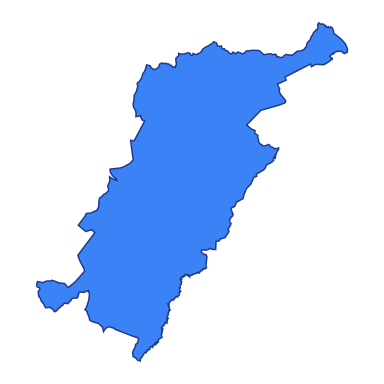 Ilala, Dar-Es-Salaam, United Republic of Tanzania
{"feature_id": "72390352B40584164885098", "entity_name": "Ilala", "entity_type": "district", "adm_level": 2, "iso_a3": "TZA", "parent_name": "United Republic of Tanzania", "parent_adm1": "Dar-Es-Salaam", "projection": "mercator", "projection_center": [39.169, -6.941], "detail": "fine", "context": "isolated", "style": "filled", "palette": "blue", "viewbox_px": 384, "rotation_deg": 0, "n_neighbors": 0, "source": "geoboundaries", "source_scale": "gbopen_adm2", "svg_char_len": 5899}
<svg xmlns="http://www.w3.org/2000/svg" viewBox="0 0 384 384"><path d="M326.0,26.1L325.7,26.8L325.2,26.8L324.5,25.1L323.4,24.1L320.5,24.1L319.4,23.1L318.6,23.0L317.6,24.8L318.1,26.9L317.2,29.9L316.0,29.8L315.6,31.0L314.3,31.7L313.2,33.3L312.4,35.6L311.4,36.1L310.4,39.4L307.3,42.8L306.1,47.1L304.6,48.4L304.3,49.3L300.6,51.1L297.9,51.0L296.0,52.1L292.7,55.0L289.3,55.1L286.2,54.4L283.5,56.1L282.7,57.5L280.2,57.5L278.0,56.6L276.9,57.1L276.3,54.9L275.4,54.2L274.5,54.2L273.6,54.8L270.3,53.7L263.9,54.7L259.3,50.7L256.9,50.4L251.4,50.3L249.0,50.9L247.0,50.8L245.4,51.6L244.6,53.2L243.4,53.3L242.5,54.0L239.8,52.6L237.6,52.1L235.9,53.6L234.7,53.6L234.0,52.4L232.5,52.3L232.0,53.8L231.1,54.0L229.0,53.1L228.7,52.1L227.1,50.8L225.0,50.2L224.3,48.7L222.9,49.3L221.7,47.6L221.4,46.0L219.3,46.4L217.4,45.8L216.6,43.0L213.7,41.7L211.8,43.9L209.9,44.6L208.6,45.8L206.1,46.8L202.9,49.0L201.1,51.8L199.6,53.1L198.4,53.4L198.1,54.1L195.0,54.5L193.2,53.4L192.4,55.4L191.1,55.5L190.0,53.3L188.1,52.8L183.9,54.0L180.6,54.0L178.7,53.4L178.9,54.7L178.4,56.0L176.0,58.0L175.8,59.5L176.4,64.2L175.1,67.3L174.5,66.8L173.5,67.2L172.1,66.7L171.6,65.4L170.3,65.6L169.3,64.2L164.9,63.3L164.4,63.7L162.5,63.1L161.0,63.3L159.4,64.3L159.0,66.3L158.2,67.7L154.7,69.7L151.3,68.0L150.2,65.8L146.7,64.9L144.8,71.1L142.9,73.5L141.8,77.4L139.7,81.1L137.2,83.2L137.7,86.7L136.2,91.9L134.2,95.3L133.9,100.9L133.2,103.6L133.4,106.6L135.5,110.6L136.1,113.1L135.9,116.7L140.7,115.7L140.7,117.0L142.2,120.1L144.4,120.7L144.2,121.9L134.2,140.8L130.6,140.3L133.2,160.0L129.9,163.4L124.5,166.5L120.3,168.0L110.1,169.1L110.3,172.1L112.6,175.9L116.3,179.1L116.8,180.6L111.8,178.4L109.6,176.8L109.8,181.1L107.7,185.9L108.7,190.0L107.9,191.4L105.5,193.5L103.5,194.5L101.8,196.6L100.0,197.6L99.1,199.9L98.6,207.3L96.8,210.3L90.8,213.0L86.2,213.5L85.0,216.3L78.3,225.2L85.7,231.5L91.6,229.7L94.9,232.6L77.9,255.2L79.8,260.8L84.0,268.7L84.6,271.2L75.4,281.7L68.6,287.3L67.5,286.9L64.6,283.5L59.5,283.0L52.2,280.3L50.1,281.0L46.8,281.0L42.9,282.6L37.6,281.6L36.6,284.0L36.9,286.1L37.3,287.0L39.3,287.6L40.0,289.1L38.2,291.7L38.8,296.5L40.5,298.6L41.3,301.2L43.8,304.1L45.5,307.7L51.0,307.5L51.4,308.6L53.5,309.8L54.1,311.5L55.4,311.6L57.2,310.2L58.9,307.9L59.3,308.0L61.1,306.1L62.8,305.3L63.4,304.0L64.9,303.1L66.7,303.6L68.2,303.5L69.6,301.5L70.7,301.0L71.8,298.7L74.2,298.0L76.7,298.2L77.9,297.0L78.3,295.9L77.8,295.0L78.7,294.5L78.5,293.8L79.2,292.0L84.5,292.3L86.0,291.2L88.4,290.6L88.3,292.0L89.1,292.3L89.4,294.6L88.8,300.2L86.3,307.8L84.9,309.5L87.4,311.7L87.2,312.7L89.2,317.5L89.6,319.9L91.7,321.5L98.6,323.5L102.6,327.3L103.5,331.6L105.7,328.3L108.5,326.8L109.6,326.9L114.4,328.3L115.0,329.3L135.3,337.1L137.9,337.6L138.5,338.8L137.6,342.7L135.6,344.5L135.3,347.1L133.5,350.1L132.6,352.8L133.2,356.6L136.2,358.3L137.5,360.1L140.2,361.0L140.6,357.7L141.7,357.6L144.8,352.3L146.0,352.9L147.0,350.5L147.7,350.8L148.1,349.5L149.4,349.6L150.0,348.9L149.9,347.7L150.6,346.7L151.7,346.9L152.3,346.5L152.7,347.0L152.8,345.5L153.5,345.7L153.9,345.0L154.5,344.9L154.7,343.9L155.0,344.2L155.3,343.5L155.8,344.1L156.1,343.0L156.3,343.5L156.8,342.4L157.3,342.9L157.9,341.8L158.5,341.8L157.9,340.0L161.0,337.8L161.7,337.8L162.0,336.8L161.3,334.3L162.3,332.5L161.8,331.0L162.6,330.2L162.5,329.5L161.9,329.8L161.8,328.5L162.3,328.3L161.5,327.9L161.5,327.2L163.3,326.0L163.6,325.0L164.4,324.9L164.9,323.0L165.1,323.4L166.2,322.6L166.7,322.8L166.5,322.5L167.3,321.5L166.8,320.0L167.5,319.8L167.4,318.7L168.2,318.3L167.0,317.5L167.0,316.6L167.8,315.9L168.4,313.9L168.0,313.5L169.2,311.0L169.0,310.3L170.0,310.2L169.1,307.4L169.3,306.2L168.1,305.5L168.0,304.8L168.4,304.7L168.0,304.0L168.9,304.1L168.7,303.4L169.4,302.8L169.6,301.8L170.6,301.5L171.2,300.1L173.4,300.0L173.3,299.4L174.5,298.9L175.4,297.1L177.9,296.9L178.1,295.7L179.1,295.2L179.4,292.6L179.8,292.7L179.9,291.7L180.6,291.3L179.9,290.8L179.5,288.9L180.0,288.2L179.6,288.4L179.4,287.9L180.3,287.7L179.9,285.7L181.3,284.1L181.3,282.3L181.8,281.7L180.7,280.3L181.5,279.5L180.8,279.4L181.4,278.9L180.8,278.6L181.2,278.2L180.9,277.6L182.1,276.7L183.3,277.1L183.3,276.6L184.2,276.3L183.9,275.9L184.8,275.9L184.9,274.8L185.7,274.8L185.7,274.4L186.4,274.9L187.3,274.2L188.0,274.5L188.3,274.8L187.8,275.6L188.4,275.9L189.0,275.6L188.6,276.1L189.1,276.5L188.9,276.0L190.4,275.9L190.9,274.9L191.7,275.3L192.5,274.9L193.1,273.8L194.8,274.0L198.0,272.2L198.0,273.0L199.3,273.0L200.7,270.8L202.0,270.7L202.3,269.6L203.4,269.4L203.1,268.9L204.4,268.4L205.3,268.7L206.4,267.9L206.5,266.8L205.9,265.6L206.9,257.0L206.4,255.2L205.9,254.6L203.7,254.2L201.4,252.2L201.5,250.1L203.3,249.8L205.4,250.2L207.9,249.7L210.4,248.3L211.6,249.2L215.7,249.6L216.0,241.2L218.7,241.1L221.2,238.6L224.9,237.7L228.5,232.4L228.9,231.0L228.0,229.1L229.9,226.4L231.1,223.6L229.6,221.8L229.7,219.7L231.0,217.5L232.6,216.0L233.1,214.4L231.0,209.3L231.4,208.5L231.9,207.7L234.8,206.4L236.1,202.8L237.0,201.9L243.1,198.6L243.9,194.8L246.6,188.4L250.6,184.4L253.8,177.5L256.7,176.3L256.3,174.2L263.5,169.9L264.7,168.8L266.7,164.9L271.6,162.3L273.6,160.5L273.4,158.4L274.4,158.3L274.6,156.3L275.3,157.5L275.6,155.4L277.3,151.1L278.6,149.4L278.6,148.0L274.9,148.8L272.6,147.3L271.1,147.1L268.9,144.5L264.0,146.1L262.7,145.7L261.5,144.4L260.6,144.4L259.2,142.9L258.5,141.1L258.5,139.4L257.7,137.9L257.8,135.3L255.4,133.8L254.6,132.6L255.2,130.7L251.0,128.8L246.7,124.9L260.9,110.3L281.0,104.5L285.1,102.7L285.6,101.7L285.5,100.5L281.0,94.9L279.6,92.5L279.2,90.5L279.7,89.0L277.3,84.2L286.2,80.1L285.1,77.0L310.3,64.1L311.5,66.7L315.7,64.3L323.6,64.7L324.5,64.4L329.8,61.1L330.4,59.7L332.2,59.6L332.1,58.0L330.8,57.5L329.7,56.3L332.7,53.4L333.3,54.1L334.3,52.7L336.2,51.6L340.6,51.1L343.4,52.5L343.2,52.8L344.0,53.5L344.8,53.5L347.3,52.1L347.4,48.9L345.3,43.8L341.6,39.6L333.5,33.0L333.7,32.0L333.1,29.6L331.8,27.4L330.5,26.9L329.8,27.8L328.2,26.7L327.7,27.5L326.3,26.8L326.0,26.1Z" fill="#3b82f6" stroke="#1e3a8a" stroke-width="1.5"/></svg>